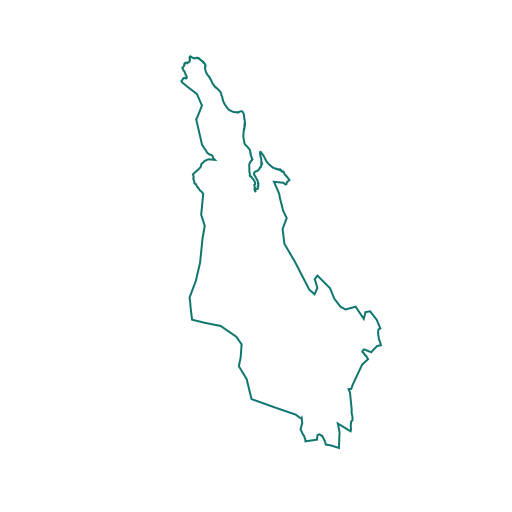 Lærdal nor, Sogn og Fjordane, Norway, rotated 66°
{"feature_id": "86288312B68265317088275", "entity_name": "Lærdal nor", "entity_type": "district", "adm_level": 2, "iso_a3": "NOR", "parent_name": "Norway", "parent_adm1": "Sogn og Fjordane", "projection": "robinson", "projection_center": [7.33, 61.039], "detail": "fine", "context": "isolated", "style": "outline", "palette": "teal", "viewbox_px": 512, "rotation_deg": 66, "n_neighbors": 0, "source": "geoboundaries", "source_scale": "gbopen_adm2", "svg_char_len": 5926}
<svg xmlns="http://www.w3.org/2000/svg" viewBox="0 0 512 512"><g transform="rotate(66 256 256)"><path d="M384.9,318.3L402.2,300.2L417.1,284.2L421.8,281.6L422.4,280.8L422.5,280.3L422.4,280.1L427.6,281.8L432.4,285.8L437.6,285.7L440.6,285.3L444.2,285.7L445.4,286.2L448.6,274.9L446.1,273.6L444.7,272.7L444.6,270.7L445.9,269.7L446.8,269.3L447.1,269.2L447.1,268.9L447.2,268.7L453.2,268.4L456.7,268.9L459.1,265.1L465.1,258.3L450.8,251.3L442.3,249.4L454.6,240.9L453.5,240.0L452.9,239.7L449.6,238.5L448.4,237.8L445.8,236.3L445.5,235.0L445.0,234.5L444.4,234.2L441.8,233.2L437.5,232.3L435.7,231.2L418.7,225.6L415.3,225.6L416.1,223.0L412.9,220.0L398.3,203.1L395.8,195.6L391.8,196.1L391.7,196.2L391.6,196.5L391.0,196.6L390.6,196.9L389.4,196.8L389.1,197.1L388.2,197.3L386.9,197.9L386.7,197.9L385.3,195.9L385.3,195.2L390.8,189.8L389.2,186.5L387.5,181.9L388.3,178.2L385.7,177.7L381.9,177.5L376.3,175.9L374.4,175.0L373.1,174.1L372.9,173.8L372.8,173.2L372.8,171.9L363.3,171.7L353.0,174.2L351.8,178.8L357.3,183.1L342.8,185.6L341.3,195.9L336.6,199.5L327.0,201.8L315.6,201.5L298.9,207.8L301.0,211.7L310.1,212.9L314.8,218.1L308.5,221.0L277.0,222.8L256.5,225.1L242.1,220.7L233.8,212.5L225.9,212.8L212.4,210.5L208.7,209.5L195.5,209.4L200.3,201.1L201.8,200.5L202.7,199.8L202.8,199.2L202.6,198.8L201.1,197.8L200.8,196.3L200.6,195.9L200.6,195.7L199.8,195.0L199.9,194.6L197.6,195.1L195.7,195.6L195.7,195.8L194.1,196.0L193.6,196.4L192.5,196.6L190.6,196.5L189.9,196.8L189.8,197.6L189.4,197.6L189.3,197.8L188.9,198.1L188.5,198.1L188.6,198.3L187.3,198.7L187.3,198.9L186.8,198.9L186.9,199.2L186.6,199.9L186.3,200.1L186.0,200.1L186.1,200.5L185.9,200.8L185.2,201.5L185.0,201.9L184.6,201.9L184.6,202.2L183.9,202.8L182.8,204.1L181.4,205.0L177.7,206.8L174.3,207.9L170.7,208.1L166.8,208.5L165.4,208.8L165.3,209.0L163.0,209.3L162.6,209.7L163.0,210.1L163.7,210.3L164.3,210.8L166.3,211.3L170.2,211.9L170.3,212.1L172.0,212.7L172.6,212.7L172.6,212.9L173.5,213.0L173.5,213.3L174.0,213.2L173.9,213.5L174.4,213.6L174.4,213.8L174.7,213.8L174.7,214.0L175.2,214.1L176.1,214.9L176.5,215.3L176.5,215.9L176.9,216.0L176.9,216.4L177.2,217.0L177.8,217.5L178.0,217.7L178.0,218.0L178.4,219.1L178.6,219.3L178.8,220.1L178.6,221.6L178.7,222.6L178.9,223.3L179.6,224.1L180.1,224.2L180.1,224.4L180.6,224.6L181.8,224.6L182.9,224.3L185.3,224.2L186.6,224.0L187.8,223.9L189.7,224.4L190.3,224.3L190.3,224.6L192.6,225.1L192.7,225.5L193.0,225.8L193.4,225.9L193.3,226.2L193.7,226.3L193.9,226.5L194.6,226.6L194.8,226.7L195.5,227.4L195.2,228.1L194.7,228.9L193.9,229.3L193.9,229.7L195.1,230.2L196.0,230.3L196.8,230.1L197.5,230.1L196.9,230.3L196.4,230.5L194.7,230.1L194.5,230.3L193.5,229.6L193.6,229.4L193.4,229.2L192.4,229.2L191.2,228.9L190.3,228.5L190.0,227.8L190.0,227.5L187.6,226.9L184.9,227.3L183.5,227.7L181.5,228.1L181.5,228.4L180.9,228.9L180.3,229.1L178.5,228.2L176.4,227.8L172.0,225.9L170.5,225.4L169.5,224.8L168.0,223.4L167.9,223.0L167.7,222.8L167.6,222.3L167.4,222.2L167.0,221.6L166.8,220.8L166.5,220.3L166.2,220.3L166.2,220.0L161.4,219.7L161.2,219.5L160.2,219.2L159.8,219.3L159.8,219.1L156.8,218.5L156.1,218.5L154.7,219.0L152.8,219.4L150.8,220.3L149.1,220.8L144.1,219.7L141.5,218.9L137.8,217.0L136.8,216.5L136.5,216.0L136.0,215.7L135.9,215.5L135.5,215.5L135.5,215.3L135.0,215.2L134.6,215.0L134.4,214.6L134.3,214.3L132.8,213.8L132.8,213.6L132.5,213.6L132.5,213.4L131.9,213.2L131.6,213.0L131.6,212.8L131.0,212.8L131.0,212.6L130.5,212.5L130.5,212.3L130.1,212.3L129.8,211.9L127.3,211.1L126.4,211.0L126.4,210.8L123.5,210.2L123.3,209.9L120.9,209.4L119.6,209.5L118.8,209.6L118.2,209.9L117.8,210.5L117.5,211.6L117.6,213.5L117.4,213.8L117.5,214.1L117.2,214.2L117.3,214.5L117.0,214.8L117.0,215.1L115.1,218.2L113.2,219.9L111.7,221.1L111.1,221.4L109.8,221.9L104.7,222.9L101.4,223.0L98.7,222.6L97.3,222.2L94.8,222.2L93.1,221.7L91.8,221.8L89.4,222.4L88.9,222.7L85.2,224.2L85.3,224.5L83.7,225.0L82.3,225.1L81.1,225.5L79.1,225.5L76.5,225.5L76.3,225.7L73.5,225.8L73.5,226.0L72.8,226.0L71.1,226.6L67.7,226.9L65.0,226.5L62.8,225.9L62.0,225.3L62.1,225.1L61.5,225.0L61.2,224.5L59.6,224.5L59.2,224.8L58.7,224.8L58.7,225.0L58.2,225.0L57.1,225.3L57.2,225.5L56.6,225.5L55.9,225.9L55.8,226.3L54.9,226.5L54.4,226.9L53.2,227.2L53.2,227.4L52.8,227.5L52.3,227.7L52.3,227.9L52.0,227.9L52.0,228.2L51.7,228.2L51.3,229.1L51.0,229.1L50.9,229.5L50.6,230.0L50.7,231.3L50.3,231.9L50.3,232.2L48.9,233.4L46.9,234.7L47.0,235.3L47.2,235.6L48.1,235.9L48.1,236.1L49.0,236.2L49.2,236.5L49.9,236.6L50.5,237.3L50.8,237.2L50.9,237.5L51.3,237.7L51.5,238.0L51.7,239.0L51.7,239.7L51.6,240.1L51.7,240.3L51.3,240.3L51.0,241.7L50.8,241.8L50.8,242.6L51.0,242.7L51.1,243.0L51.5,243.1L51.6,243.4L52.0,243.4L52.1,243.7L52.5,243.8L52.6,244.1L53.6,245.2L54.1,246.7L57.2,246.8L57.9,246.3L58.3,246.2L59.6,246.5L60.8,246.3L62.1,246.6L62.8,246.3L63.8,246.3L64.4,246.4L64.6,246.7L65.0,246.9L65.0,247.1L65.3,247.4L65.2,247.5L65.1,248.1L64.7,248.4L64.6,248.6L64.2,248.7L64.1,248.9L64.2,249.2L64.1,249.7L64.3,250.0L64.2,250.3L64.3,250.6L64.6,250.9L64.7,251.1L65.1,251.4L65.6,252.7L65.8,253.0L66.0,253.1L66.8,253.1L73.5,249.8L83.9,244.1L96.6,244.2L104.4,252.2L105.9,253.9L106.7,255.0L132.7,260.1L133.6,259.7L134.4,259.6L135.0,259.7L137.0,259.4L138.1,259.0L139.9,258.7L140.8,258.8L141.8,258.6L142.5,258.2L143.2,257.9L143.8,257.4L144.3,257.3L145.7,255.5L146.8,255.2L148.1,255.1L149.2,255.3L150.0,255.3L150.3,255.1L150.6,254.7L151.5,254.4L148.5,259.7L148.3,260.8L148.2,263.9L148.6,265.1L149.1,266.3L149.7,268.5L151.0,269.3L152.2,270.4L153.2,272.7L155.1,278.6L155.8,280.5L157.7,280.6L158.3,280.8L158.6,280.8L159.1,281.4L159.9,281.9L162.5,282.0L164.2,282.6L165.5,282.3L165.6,281.9L165.9,281.7L167.4,281.7L168.3,281.6L168.7,281.4L169.4,281.5L170.6,281.0L172.4,280.7L173.5,280.4L175.6,279.4L177.9,279.0L196.0,289.3L207.7,290.6L217.7,297.4L239.5,309.9L254.4,321.2L266.8,333.5L272.5,335.3L277.3,337.0L288.2,340.3L296.4,329.7L305.6,316.7L321.8,306.8L330.9,305.1L342.3,311.2L349.7,316.5L364.6,314.6L384.9,318.3Z" fill="none" stroke="#0f766e" stroke-width="2"/></g></svg>